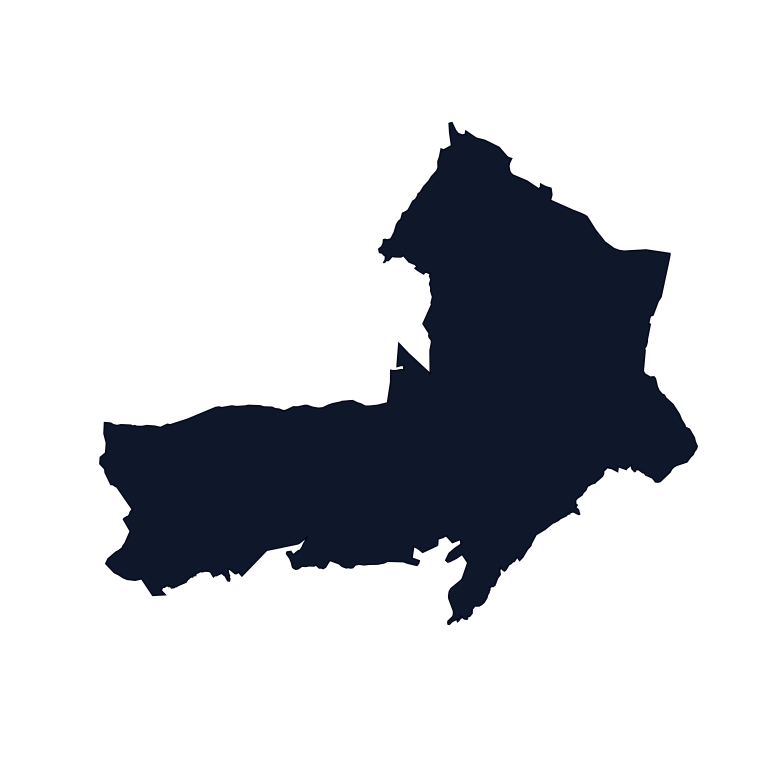 the district of Moraresti, Arges, Romania, rotated 81°
{"feature_id": "2599482B44470613349650", "entity_name": "Moraresti", "entity_type": "district", "adm_level": 2, "iso_a3": "ROU", "parent_name": "Romania", "parent_adm1": "Arges", "projection": "equal_earth", "projection_center": [24.544, 44.995], "detail": "fine", "context": "isolated", "style": "filled", "palette": "ink", "viewbox_px": 768, "rotation_deg": 81, "n_neighbors": 0, "source": "geoboundaries", "source_scale": "gbopen_adm2", "svg_char_len": 6138}
<svg xmlns="http://www.w3.org/2000/svg" viewBox="0 0 768 768"><g transform="rotate(81 384 384)"><path d="M557.9,633.1L553.1,636.4L550.8,634.9L550.2,633.9L550.4,632.7L549.4,630.7L549.3,629.6L550.4,628.2L549.6,627.8L549.8,627.0L552.2,625.7L552.2,623.1L551.6,621.9L551.7,620.6L551.0,619.5L548.7,610.5L546.1,608.3L546.1,607.5L544.7,606.2L544.8,605.4L544.2,604.8L544.7,603.2L543.4,602.3L543.7,601.5L542.4,600.5L543.3,599.9L542.0,599.4L540.4,594.4L541.0,593.3L540.8,590.1L541.4,586.9L542.5,584.7L547.8,582.6L546.7,581.1L547.1,579.8L545.5,574.1L545.8,573.5L547.5,572.3L548.4,571.1L554.0,569.0L554.4,567.5L552.2,566.7L551.0,567.3L549.2,566.5L548.1,567.0L543.7,567.2L542.4,566.7L542.2,566.0L547.9,560.8L548.2,559.5L547.1,557.0L551.4,554.4L529.9,525.9L528.4,493.9L527.6,491.8L522.7,483.3L530.6,489.4L531.6,489.7L535.0,492.7L535.3,494.7L536.9,497.7L538.1,498.9L537.8,500.9L534.8,502.2L534.7,505.9L535.8,506.7L536.8,506.7L541.3,504.4L545.4,503.4L550.4,503.0L551.9,502.0L553.2,500.1L553.1,497.8L551.0,493.4L551.9,490.1L551.8,486.7L552.8,481.5L552.1,480.0L552.8,478.9L555.4,476.9L555.8,476.1L555.5,475.4L556.8,473.0L555.7,470.3L549.7,465.2L554.5,456.4L557.5,454.0L559.7,450.1L559.7,447.9L560.5,445.8L560.5,443.5L558.2,440.6L557.9,437.0L559.5,432.1L559.7,427.0L560.9,418.5L560.7,412.0L559.6,408.2L562.5,392.6L564.5,389.1L568.3,379.9L566.8,378.0L564.1,376.8L560.4,383.6L548.9,380.0L552.5,375.5L556.3,372.2L551.9,357.0L551.3,356.2L545.5,355.0L544.7,349.3L544.2,348.8L543.7,346.2L551.3,341.2L549.5,333.1L550.9,332.7L553.7,333.0L554.6,333.5L557.7,340.2L561.5,346.2L567.8,350.6L569.9,348.8L569.8,347.2L567.4,339.7L564.4,333.5L573.6,329.2L588.5,337.1L590.1,338.8L595.9,348.8L597.1,350.4L599.5,352.1L603.5,353.3L606.1,353.5L619.0,350.9L620.9,351.1L623.2,351.7L624.6,352.6L628.4,358.0L631.0,358.4L631.5,357.8L631.5,356.9L629.2,353.7L627.6,348.4L628.1,347.5L629.1,348.7L630.2,348.5L629.3,347.0L628.0,346.3L627.6,344.7L625.3,344.4L625.3,343.9L626.3,343.5L628.6,341.3L629.2,339.4L629.1,338.4L626.6,337.7L626.9,335.8L624.3,332.9L620.4,332.2L617.4,329.0L618.1,324.9L617.0,321.9L615.2,319.2L611.3,315.9L608.3,314.6L606.3,312.9L605.2,312.7L603.8,311.6L602.0,311.4L600.6,309.4L601.1,308.0L599.9,305.8L593.7,302.4L590.5,299.1L585.7,298.9L583.9,297.0L586.2,295.8L587.5,294.3L586.9,293.0L581.9,288.8L581.4,286.9L579.8,284.7L579.6,283.1L575.7,279.5L579.5,277.7L576.8,274.1L569.6,268.1L566.7,264.3L564.8,263.5L556.6,257.4L552.8,247.9L547.7,239.1L547.3,236.9L546.0,233.2L544.6,231.1L542.6,224.4L541.5,223.5L541.2,220.8L540.2,220.6L539.8,217.0L543.3,212.2L543.2,211.2L538.9,211.6L535.8,214.0L534.3,213.2L534.6,212.8L533.8,212.2L532.6,213.4L528.9,213.0L527.0,210.9L524.6,205.8L522.5,204.2L520.3,201.2L517.6,199.6L516.0,197.7L516.3,196.7L515.6,196.4L514.7,190.9L513.8,190.1L513.1,188.8L512.4,188.4L512.5,187.8L509.2,182.6L507.2,181.3L504.4,180.7L501.1,175.9L502.4,174.7L502.7,172.8L507.0,167.0L502.2,165.6L506.3,158.1L504.8,156.7L504.5,155.6L503.0,153.8L502.9,152.7L506.7,152.3L509.7,150.2L509.6,149.5L507.8,148.3L508.6,145.7L512.1,142.3L512.5,140.9L514.8,139.8L518.8,133.5L523.2,131.1L523.8,128.3L523.5,126.4L515.9,115.4L513.0,113.1L511.1,110.5L510.1,107.8L508.4,97.1L504.1,92.7L502.0,89.7L499.7,88.3L498.9,88.6L499.0,87.7L497.0,85.6L494.6,84.4L489.7,85.6L485.6,85.9L476.4,89.4L474.1,92.8L473.3,93.3L471.6,93.3L465.7,95.8L460.3,97.0L449.5,101.7L442.0,107.7L438.8,108.9L437.6,110.9L433.8,113.3L429.6,114.5L421.3,115.1L419.5,115.9L419.0,117.0L419.0,119.9L414.7,125.0L411.7,125.9L391.8,120.9L390.0,121.0L389.1,120.8L387.5,119.1L383.3,117.3L381.5,117.1L366.7,111.7L365.4,113.1L359.9,111.0L358.5,110.0L358.0,107.5L345.1,100.2L341.2,96.7L306.7,83.4L300.3,81.1L299.8,81.3L292.6,104.2L290.4,126.2L289.0,130.7L286.3,135.6L278.3,143.6L265.0,151.1L250.5,157.3L248.7,159.2L245.5,164.1L242.2,169.9L228.6,190.9L223.3,188.6L216.8,188.5L214.5,193.4L211.1,198.0L213.9,198.4L215.6,200.6L206.0,210.9L197.6,224.3L194.9,226.1L192.8,226.6L188.4,226.6L185.3,225.5L181.3,222.7L179.9,225.6L178.5,227.0L168.3,233.3L159.0,246.5L155.6,254.5L147.0,263.6L150.4,264.8L150.3,267.7L148.3,271.6L144.5,273.7L136.5,276.0L136.8,278.9L146.2,279.8L159.2,280.0L162.2,288.6L160.8,290.8L168.2,293.5L172.6,295.9L178.7,296.7L181.6,298.4L186.7,304.7L190.8,308.2L195.2,313.8L200.3,318.2L201.6,320.6L203.9,321.7L206.5,323.9L208.1,327.1L215.6,332.6L217.0,334.8L218.3,339.0L224.0,341.5L225.5,344.1L228.4,346.6L236.1,350.3L241.9,354.7L242.2,358.4L241.3,360.4L241.5,361.9L244.8,362.7L247.9,364.7L249.9,368.1L253.4,367.8L254.5,365.1L256.1,364.4L258.0,362.5L261.6,363.3L264.2,365.6L263.5,363.7L262.7,363.0L262.4,362.0L262.7,360.7L262.1,359.4L259.5,356.5L259.3,355.6L260.0,353.8L261.2,347.4L260.2,344.7L267.5,340.1L270.8,334.5L272.8,333.3L274.3,333.7L274.1,334.5L274.6,335.2L276.7,333.3L281.5,327.7L280.0,326.0L280.3,324.5L282.4,321.1L284.7,322.1L288.2,321.3L292.4,323.4L295.9,322.6L299.4,323.3L305.6,322.4L311.1,324.7L313.1,324.6L330.7,336.1L341.3,331.4L343.1,332.2L344.9,332.1L348.0,330.4L350.2,330.5L358.2,333.3L381.1,336.7L357.6,355.2L346.2,363.0L368.8,368.4L368.3,363.9L369.0,361.6L373.0,362.2L372.5,365.2L372.7,370.2L372.1,374.0L371.5,375.2L383.1,377.1L403.2,383.5L404.1,393.5L403.7,401.5L403.0,406.0L400.2,409.8L398.6,413.1L395.6,417.4L395.3,419.8L394.7,428.6L395.1,429.9L395.5,437.8L396.2,442.3L398.0,448.0L397.8,452.1L397.2,454.2L395.7,458.5L393.2,463.2L392.8,465.3L393.2,472.9L392.4,477.1L394.6,484.6L394.8,487.3L392.3,491.9L391.5,495.2L389.5,498.1L387.8,506.7L386.2,509.7L383.9,521.5L384.1,524.2L383.3,533.2L381.9,537.7L382.0,548.1L380.9,550.6L380.9,554.0L388.2,584.1L390.9,601.6L389.9,604.3L392.0,611.6L389.8,617.0L388.0,624.6L388.1,629.8L387.2,634.9L386.1,636.7L386.4,638.7L385.1,640.4L383.1,650.2L383.3,654.1L381.9,657.8L379.9,660.0L378.4,666.1L389.2,668.3L398.8,667.4L408.5,669.7L412.1,675.7L418.4,677.1L424.3,673.1L427.9,673.3L440.5,669.5L441.1,667.2L443.0,665.5L443.7,664.1L468.4,652.2L470.8,654.7L473.1,655.8L474.7,657.3L474.8,658.5L476.1,661.7L476.9,662.5L489.7,657.6L500.6,664.6L503.1,667.1L505.0,668.2L507.2,672.4L508.1,675.1L513.5,683.9L517.9,686.9L528.1,679.9L530.7,676.1L534.5,671.9L536.7,668.3L538.9,660.6L538.4,653.9L556.6,645.5L557.9,633.1Z" fill="#0f172a" stroke="#020617" stroke-width="1.5"/></g></svg>